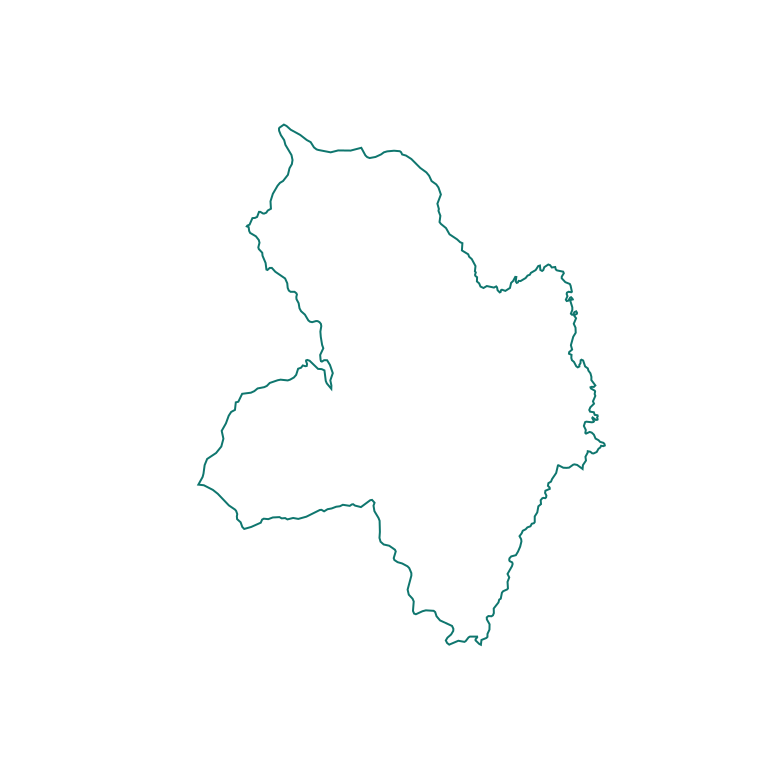 outline of Cisneros, Antioquia, Colombia, rotated 67°
{"feature_id": "7082276B52790973649265", "entity_name": "Cisneros", "entity_type": "district", "adm_level": 2, "iso_a3": "COL", "parent_name": "Colombia", "parent_adm1": "Antioquia", "projection": "albers", "projection_center": [-75.079, 6.546], "detail": "fine", "context": "isolated", "style": "outline", "palette": "teal", "viewbox_px": 768, "rotation_deg": 67, "n_neighbors": 0, "source": "geoboundaries", "source_scale": "gbopen_adm2", "svg_char_len": 6165}
<svg xmlns="http://www.w3.org/2000/svg" viewBox="0 0 768 768"><g transform="rotate(67 384 384)"><path d="M106.1,374.8L107.2,380.1L107.9,380.9L109.9,381.6L114.6,381.7L120.5,380.6L125.3,381.3L137.1,379.7L142.1,380.7L145.6,382.9L148.5,386.7L153.9,390.7L157.7,397.6L158.2,401.2L159.9,404.5L165.5,412.0L171.5,417.1L178.5,419.6L178.9,423.2L180.3,425.4L180.3,427.6L179.8,428.7L177.2,430.6L176.7,431.8L180.6,435.5L180.7,437.9L179.9,440.3L184.8,445.5L184.8,447.9L185.3,448.7L186.7,447.3L190.4,448.3L192.6,448.2L198.0,444.2L202.5,443.0L205.3,443.4L209.1,446.3L210.9,446.5L215.6,444.8L218.5,445.7L226.3,445.7L232.7,447.5L233.5,446.7L232.5,443.9L233.3,441.9L238.2,440.2L248.2,433.8L253.5,433.7L257.9,435.1L260.8,435.1L262.6,434.0L264.2,430.3L266.3,429.2L267.6,429.2L269.6,430.7L271.7,431.4L276.3,431.0L281.3,432.2L284.6,431.9L289.2,429.7L295.9,428.8L297.7,427.8L299.0,426.0L299.5,422.0L300.2,420.5L301.9,419.2L304.0,418.6L306.2,419.1L310.9,422.1L316.0,423.8L323.9,425.7L327.4,425.9L332.3,431.4L336.9,432.9L338.4,433.1L339.1,432.4L338.7,429.8L339.9,427.1L345.3,426.3L354.0,426.9L359.7,432.0L364.8,433.0L367.8,434.4L361.1,436.4L358.4,436.4L348.2,433.5L346.0,435.5L344.3,438.8L333.5,443.4L331.9,445.2L331.8,446.4L332.3,446.8L335.5,447.0L337.2,448.1L336.9,449.4L335.2,451.5L336.6,454.0L336.4,457.1L341.3,461.3L342.8,464.4L343.3,468.7L343.1,471.2L339.6,477.5L339.0,480.4L338.4,488.8L340.0,492.6L340.1,495.5L338.7,502.1L339.9,506.2L340.0,509.9L337.6,518.4L343.4,525.0L343.0,527.6L349.6,531.3L350.0,535.6L352.5,539.3L358.5,544.9L363.7,551.7L371.6,553.2L378.0,558.2L381.9,565.5L383.9,576.1L388.6,580.8L396.0,585.2L398.7,587.3L404.1,594.2L406.8,589.4L414.6,582.9L420.1,579.9L435.2,574.2L441.4,570.2L443.0,569.7L446.4,569.9L448.4,571.2L451.0,572.0L455.3,570.0L460.2,570.3L462.8,569.3L463.7,562.1L463.5,551.6L461.2,549.2L461.0,547.3L463.2,543.3L463.4,538.5L465.7,532.2L467.7,530.7L468.8,527.4L470.9,525.8L471.8,520.0L474.7,515.6L475.8,507.3L474.9,492.3L475.4,490.7L477.8,488.9L477.2,484.9L478.1,480.8L478.3,475.9L479.3,472.4L479.1,469.1L482.8,463.1L482.3,460.8L482.6,459.4L484.6,458.2L488.3,453.3L485.6,442.1L486.0,440.3L489.6,439.1L491.9,441.2L497.3,442.5L505.2,441.4L508.2,441.5L518.6,445.6L523.9,448.3L527.8,448.8L531.6,447.0L534.9,442.4L540.8,438.7L542.7,438.6L548.1,443.1L550.1,443.2L553.3,441.1L556.3,437.4L561.0,433.6L563.3,432.7L568.7,432.7L571.1,433.7L582.5,442.6L587.6,443.5L592.8,441.6L595.8,441.6L604.2,446.0L607.1,446.0L608.4,444.6L608.2,437.3L608.7,433.9L612.2,426.9L613.9,426.0L618.3,426.4L623.5,424.8L633.3,415.9L636.5,415.8L638.4,416.8L640.8,420.1L642.3,424.7L644.2,427.3L647.1,427.1L649.4,425.8L649.4,415.9L652.8,410.7L652.6,409.3L650.3,405.2L650.1,403.6L652.9,397.0L653.6,397.2L654.8,399.5L655.8,399.9L660.5,397.9L661.9,396.7L657.7,394.3L657.8,389.0L657.2,387.6L654.5,386.4L651.3,382.9L646.4,380.7L640.9,381.3L639.0,380.6L638.4,378.6L639.8,375.8L639.5,374.1L637.8,372.4L633.5,370.7L629.8,364.0L627.5,362.2L627.2,360.4L622.2,357.0L621.3,355.3L621.2,350.8L620.6,349.8L614.4,347.6L611.0,344.3L607.1,344.5L601.7,337.4L599.9,335.9L598.3,335.7L596.2,337.5L594.9,337.5L593.5,336.6L592.4,334.3L593.1,329.5L590.7,326.2L586.9,322.2L582.6,319.0L580.5,318.4L577.0,318.7L575.3,315.7L573.3,313.6L573.1,310.4L572.0,308.0L572.2,304.8L570.4,302.6L570.7,300.4L570.0,299.2L564.8,297.0L562.1,293.1L556.9,289.7L555.9,286.4L552.2,285.2L551.0,282.9L551.1,281.8L552.1,280.2L551.7,279.1L550.1,278.1L547.2,278.3L545.3,277.1L545.3,272.4L544.0,272.0L541.8,272.9L539.5,271.4L539.1,268.4L537.2,266.5L533.2,260.3L526.9,255.7L527.0,255.1L531.1,251.7L532.5,248.8L533.3,246.3L532.2,241.4L532.4,240.1L534.0,237.8L539.8,234.4L536.4,232.6L533.4,228.0L529.7,227.0L526.8,223.4L525.5,222.7L527.0,220.5L529.1,219.5L529.8,218.2L529.7,214.8L527.4,211.8L527.0,209.8L525.7,208.3L526.9,206.4L526.9,204.8L525.4,204.5L523.9,205.0L521.7,207.7L519.5,208.5L516.9,210.6L512.6,210.6L509.9,211.8L508.5,213.4L508.6,217.4L507.7,217.8L505.2,216.2L500.7,216.4L497.7,213.8L497.7,212.5L500.5,207.6L500.8,206.0L500.4,205.3L496.7,205.6L496.3,205.0L499.9,203.0L500.3,201.5L499.9,201.1L498.1,200.9L497.1,199.8L496.2,199.7L494.7,202.1L492.0,201.9L490.0,205.1L488.1,205.2L486.1,203.2L484.2,198.4L481.6,198.4L477.5,194.1L475.5,194.0L473.4,192.6L472.5,192.6L468.9,195.3L467.7,195.2L467.7,194.0L468.7,192.0L467.9,190.0L461.4,191.6L458.5,190.3L454.8,189.8L451.6,190.6L449.3,190.3L446.4,192.0L440.2,191.5L438.8,192.7L439.0,193.7L441.7,195.1L442.8,196.8L444.2,197.3L444.4,199.1L442.8,200.1L437.9,200.5L435.5,201.7L433.2,201.4L430.4,200.0L428.4,201.9L427.0,201.1L425.8,197.4L421.3,196.8L414.4,191.3L411.7,187.5L407.0,185.7L402.7,185.8L398.5,181.5L395.7,182.2L395.0,181.7L394.7,179.0L394.0,178.5L392.2,178.7L392.2,180.6L394.1,182.9L393.6,184.0L392.3,184.5L389.4,181.7L387.0,180.7L380.2,180.0L379.6,179.1L379.9,177.2L379.1,177.2L377.2,177.9L377.3,179.0L379.3,181.7L379.0,183.4L377.5,183.7L374.8,180.8L372.5,180.7L371.4,179.9L371.2,178.1L372.7,175.8L372.5,175.0L366.3,173.8L364.5,173.9L361.1,177.3L356.1,179.1L354.6,178.4L352.3,175.2L350.6,175.2L347.0,180.4L345.7,181.1L343.2,180.7L342.3,184.0L339.5,184.7L338.2,186.1L339.1,190.8L341.4,192.9L341.7,194.3L340.1,195.5L335.9,194.2L335.7,195.9L338.4,199.9L339.1,205.4L340.4,207.1L340.3,209.5L341.8,212.2L342.6,218.1L341.7,219.7L342.8,221.1L342.8,222.3L341.1,222.7L337.2,220.4L336.7,221.3L339.6,224.9L340.6,227.5L344.8,230.5L345.7,235.9L343.3,238.6L343.3,239.5L344.9,240.8L344.9,241.7L342.1,242.8L339.2,242.2L338.0,242.6L338.2,245.1L334.0,251.1L334.5,254.9L332.0,257.1L328.5,257.1L325.9,258.4L322.1,256.6L320.3,257.6L319.2,257.6L317.1,255.9L315.8,256.3L311.2,253.7L303.3,254.4L300.1,255.9L297.5,255.8L291.5,260.1L285.0,256.8L283.2,258.5L279.4,260.2L271.8,265.2L264.7,266.0L258.8,269.1L256.6,269.6L251.2,266.4L245.9,266.2L244.3,265.1L238.9,264.4L231.8,257.6L224.3,257.1L220.7,257.9L215.8,260.9L209.9,261.1L205.8,262.3L199.3,266.2L187.6,270.9L182.3,274.5L179.8,277.6L177.3,277.7L175.9,278.5L173.2,283.6L171.1,290.2L170.7,293.6L171.5,296.9L171.7,303.1L170.4,308.9L168.6,310.8L166.3,311.8L157.7,312.6L156.1,323.5L151.1,334.9L149.9,342.6L142.9,353.0L141.7,354.4L138.9,356.0L132.7,357.0L129.2,359.8L122.0,363.8L113.5,370.5L108.4,372.9L106.1,374.8Z" fill="none" stroke="#0f766e" stroke-width="2"/></g></svg>